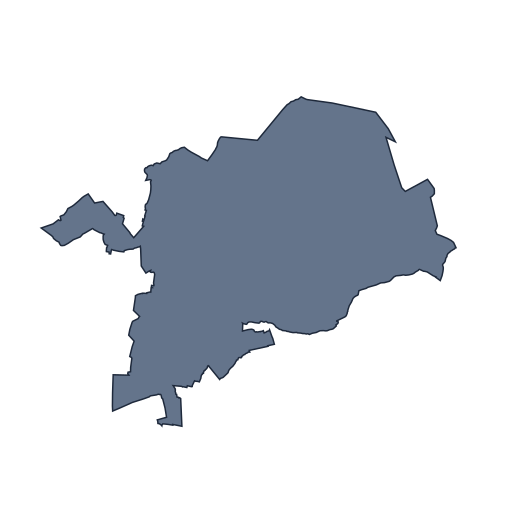 Amecameca, México, Mexico, rotated 339°
{"feature_id": "50627088B19477271407019", "entity_name": "Amecameca", "entity_type": "district", "adm_level": 2, "iso_a3": "MEX", "parent_name": "Mexico", "parent_adm1": "México", "projection": "orthographic", "projection_center": [-98.751, 19.12], "detail": "fine", "context": "isolated", "style": "filled", "palette": "slate", "viewbox_px": 512, "rotation_deg": 339, "n_neighbors": 0, "source": "geoboundaries", "source_scale": "gbopen_adm2", "svg_char_len": 6137}
<svg xmlns="http://www.w3.org/2000/svg" viewBox="0 0 512 512"><g transform="rotate(339 256 256)"><path d="M419.3,164.7L382.0,140.5L360.0,128.4L358.8,127.5L355.2,123.6L351.6,124.8L349.1,124.3L346.5,124.8L344.0,124.5L341.4,125.6L339.3,125.9L333.4,128.9L298.8,148.5L266.5,132.4L265.6,132.3L264.1,133.2L261.8,135.2L260.7,136.5L259.6,138.7L258.4,140.2L257.0,141.3L256.4,142.0L251.1,145.7L244.9,149.7L240.1,144.9L238.9,143.0L232.8,135.9L230.2,132.4L228.1,128.8L225.4,128.3L223.7,128.4L221.7,129.0L219.6,128.9L218.6,128.6L216.3,128.7L215.1,129.3L213.1,129.3L212.2,129.6L210.1,132.1L206.9,134.4L204.9,134.6L201.9,134.4L199.6,135.5L196.7,133.6L194.0,133.6L192.3,134.8L191.7,134.2L190.8,133.7L188.6,133.5L186.9,133.8L185.8,134.5L184.9,134.1L184.2,134.3L183.1,135.0L182.4,136.5L182.3,137.7L182.4,138.3L183.6,141.0L183.4,142.0L182.2,143.9L180.1,145.9L184.1,146.6L185.1,147.2L185.3,147.8L184.1,149.0L183.0,153.0L181.6,156.3L179.9,159.5L176.0,164.9L173.5,167.5L172.4,168.1L171.5,168.2L171.0,168.7L170.0,170.6L170.0,171.6L168.9,173.3L170.0,174.1L166.5,178.6L166.4,178.8L166.7,179.1L164.4,182.1L163.6,180.9L162.4,182.8L163.3,183.4L160.6,187.1L161.8,188.0L148.4,195.1L146.6,190.1L146.6,189.0L142.9,178.1L146.4,173.5L145.9,172.4L147.0,170.9L141.4,166.1L140.3,167.7L139.7,167.9L138.7,167.5L137.6,163.4L132.7,150.2L124.3,148.7L121.6,137.9L117.0,138.6L114.7,139.2L110.1,141.1L104.4,143.1L102.1,143.7L97.4,144.3L94.8,146.7L91.4,148.7L88.1,148.7L87.3,148.9L86.8,152.6L86.6,152.8L85.8,152.8L84.5,151.4L78.1,153.3L65.5,152.9L72.3,163.5L73.2,165.3L73.3,167.1L75.1,170.3L77.1,172.5L77.0,173.9L77.5,176.1L78.5,176.8L80.9,177.4L85.3,176.8L91.4,175.3L98.8,175.2L102.3,173.4L104.0,173.3L113.2,171.8L113.8,172.5L114.2,173.4L118.6,178.3L119.9,179.1L120.5,179.9L122.1,181.2L121.0,181.8L120.4,182.7L119.3,185.6L119.1,186.9L119.0,188.6L119.3,191.1L121.3,192.9L120.3,194.0L120.2,194.3L119.5,194.7L118.0,197.8L117.9,198.3L120.2,199.6L119.9,200.9L119.7,201.3L121.0,202.0L123.2,198.5L123.6,198.2L124.9,199.4L130.0,202.7L134.1,204.8L135.0,203.8L138.4,204.0L140.7,204.5L143.7,205.5L145.3,205.1L147.3,205.4L149.0,205.4L150.3,205.6L151.5,205.4L150.8,208.2L145.3,224.2L147.1,232.5L151.2,231.7L152.5,231.7L151.5,232.8L151.9,233.4L152.9,234.0L154.3,234.2L155.0,234.9L154.8,236.9L150.7,244.4L150.3,246.6L149.9,247.1L148.0,246.0L147.1,247.6L147.6,248.3L146.7,248.1L144.8,252.0L143.8,251.6L140.9,251.2L140.6,251.8L137.6,250.4L136.8,250.4L136.8,250.1L133.8,249.7L131.9,249.5L129.2,249.9L128.4,251.7L122.1,262.9L125.7,270.7L124.8,271.1L123.6,272.2L117.5,272.8L116.6,273.5L112.0,279.2L108.8,284.3L111.7,291.8L107.9,296.3L102.1,304.6L103.4,306.1L103.4,307.1L99.1,315.0L97.4,319.1L94.9,318.6L94.1,319.9L94.6,321.7L80.1,315.7L73.0,332.5L68.2,344.6L66.6,349.4L74.9,349.1L88.1,348.4L100.3,349.1L106.1,349.2L107.2,348.7L113.3,350.0L115.1,350.0L115.8,350.3L116.1,350.7L116.8,350.8L117.4,351.2L117.5,352.2L117.1,354.7L117.7,356.0L116.6,365.3L114.7,374.5L105.1,373.6L105.0,375.3L104.4,377.2L105.7,378.0L106.8,379.6L107.2,380.7L107.5,380.0L108.2,379.9L108.9,379.3L113.6,381.7L117.7,384.1L117.9,383.4L125.8,388.4L134.6,362.1L134.0,361.1L133.6,360.8L133.2,360.9L133.1,360.2L131.7,359.4L132.3,356.7L131.6,356.2L132.1,354.5L131.9,353.8L132.8,352.0L132.7,351.6L133.0,350.8L132.5,349.3L132.6,348.8L132.2,347.3L139.8,351.0L140.5,351.9L140.8,351.8L141.4,352.1L144.3,354.0L145.4,352.5L148.9,354.9L149.7,355.0L150.0,354.2L153.9,350.5L155.0,351.5L156.0,351.8L158.0,353.2L160.6,350.5L161.8,348.4L162.7,347.4L163.3,347.3L164.0,346.5L164.6,346.7L165.0,346.6L165.1,345.9L165.8,345.4L166.1,344.7L167.5,344.5L168.0,343.9L169.1,343.7L170.6,342.7L171.2,341.6L172.1,341.2L172.5,341.6L172.4,341.8L177.8,358.2L178.4,357.7L178.7,357.8L179.4,357.5L181.0,357.6L181.9,357.5L187.5,355.2L188.1,354.9L189.1,353.6L190.2,352.6L192.1,351.6L194.9,350.6L197.9,348.7L199.3,347.3L200.1,346.9L200.5,346.2L201.8,346.4L202.9,345.0L203.5,344.7L204.5,345.0L205.5,345.7L206.4,345.3L206.5,344.7L207.5,344.5L209.0,343.8L210.2,344.0L211.2,343.4L212.7,343.4L213.9,343.2L214.4,342.9L215.7,343.5L215.8,341.7L234.9,344.6L234.9,344.0L241.5,345.0L242.1,339.1L242.0,336.7L242.2,329.7L241.7,330.2L241.1,330.5L239.2,330.3L237.8,330.7L236.0,330.7L236.1,328.3L235.7,328.3L235.1,328.6L233.5,328.1L233.1,328.3L232.4,327.9L230.4,327.6L229.2,326.9L228.6,327.0L227.5,325.9L227.5,324.5L227.2,324.1L226.6,323.4L225.5,322.7L222.3,321.9L216.5,321.2L219.4,314.4L219.4,313.9L220.2,314.8L222.4,316.3L223.0,316.3L224.4,315.3L225.9,315.1L228.1,315.9L231.0,317.8L234.6,319.7L235.3,319.7L236.6,318.8L237.2,318.7L238.3,319.3L239.1,320.2L240.0,320.7L241.2,320.6L242.1,320.9L243.0,322.4L243.6,322.9L245.4,323.5L247.3,324.9L248.8,327.4L249.1,329.1L249.4,329.7L250.2,330.6L251.6,332.8L253.3,333.9L253.9,335.0L257.1,336.6L257.9,337.5L259.3,338.1L259.8,338.7L263.1,340.8L266.8,342.0L267.0,342.5L270.1,344.0L271.9,345.2L273.3,345.7L275.1,346.9L276.1,347.0L276.8,347.4L277.7,348.4L280.9,348.3L284.8,349.0L288.9,348.7L292.2,349.8L294.3,350.9L295.8,351.3L298.5,351.2L300.6,351.6L302.1,351.6L305.9,350.1L305.9,349.0L307.1,348.6L307.7,348.6L308.6,348.0L309.0,347.3L309.1,346.6L308.0,345.8L308.1,345.5L316.4,344.8L317.7,344.6L318.8,344.1L320.6,342.2L321.1,341.2L321.9,340.5L322.3,339.5L325.3,335.8L328.6,333.2L331.3,330.4L333.4,329.4L334.6,329.3L335.5,329.0L336.7,329.1L337.5,328.7L339.6,325.3L342.7,325.3L347.2,325.7L349.3,325.3L357.9,326.1L362.8,325.8L366.4,326.9L371.4,327.4L372.9,327.0L377.2,325.0L379.7,324.7L384.3,326.0L386.8,326.4L388.8,327.6L391.8,328.4L395.6,328.9L397.4,328.7L399.0,328.1L402.3,327.6L402.8,327.2L403.6,327.0L404.0,327.2L407.0,330.3L408.1,330.8L410.1,332.2L414.3,337.9L416.5,340.0L416.1,340.2L419.2,345.0L422.6,341.1L425.0,337.4L426.2,335.2L426.8,333.6L426.9,331.4L427.3,330.7L429.8,329.4L430.6,328.8L432.5,326.0L434.0,325.0L434.5,323.9L435.5,323.0L436.2,322.4L438.5,321.8L439.1,321.3L441.1,321.0L442.0,320.7L443.9,320.5L444.4,320.0L445.7,320.0L445.3,314.1L443.7,311.4L441.1,308.3L435.7,303.1L432.7,300.5L432.5,296.5L434.7,294.5L436.1,292.8L439.9,263.7L441.8,263.3L444.8,261.8L446.0,258.8L446.5,256.8L443.6,245.9L418.5,249.2L416.5,244.5L417.6,220.4L419.9,191.8L427.0,199.3L425.1,184.6L419.3,164.7Z" fill="#64748b" stroke="#1e293b" stroke-width="1.5"/></g></svg>